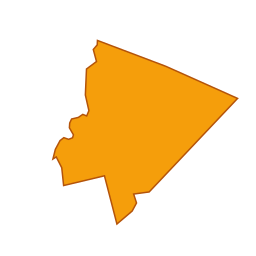 Nueva Helvecia, Colonia, Uruguay (Robinson projection), rotated 304°
{"feature_id": "84410073B82760199523865", "entity_name": "Nueva Helvecia", "entity_type": "district", "adm_level": 2, "iso_a3": "URY", "parent_name": "Uruguay", "parent_adm1": "Colonia", "projection": "robinson", "projection_center": [-57.23, -34.305], "detail": "fine", "context": "isolated", "style": "filled", "palette": "amber", "viewbox_px": 256, "rotation_deg": 304, "n_neighbors": 0, "source": "geoboundaries", "source_scale": "gbopen_adm2", "svg_char_len": 526}
<svg xmlns="http://www.w3.org/2000/svg" viewBox="0 0 256 256"><g transform="rotate(304 128 128)"><path d="M213.8,202.3L200.3,124.9L183.5,53.7L179.7,56.0L173.7,55.3L165.5,64.7L153.7,60.6L131.5,74.2L120.5,85.9L114.9,87.0L114.0,82.9L109.0,80.9L103.9,76.2L99.5,76.9L95.4,79.3L91.8,86.6L88.9,87.5L85.4,85.1L84.1,80.2L79.6,78.7L69.7,79.7L60.3,83.1L63.9,84.7L58.0,95.3L44.3,106.8L75.2,135.2L54.0,159.2L42.2,172.5L61.5,177.9L70.6,177.0L76.4,169.6L86.8,181.3L213.8,202.3Z" fill="#f59e0b" stroke="#b45309" stroke-width="1.5"/></g></svg>